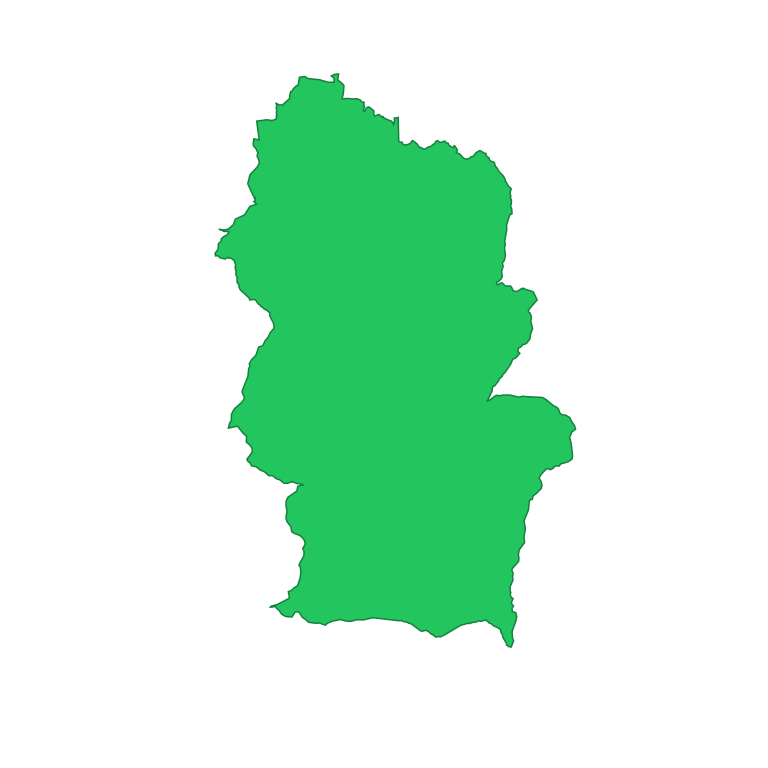 the district of Margau, Cluj, Romania, rotated 300°
{"feature_id": "2599482B38799369919058", "entity_name": "Margau", "entity_type": "district", "adm_level": 2, "iso_a3": "ROU", "parent_name": "Romania", "parent_adm1": "Cluj", "projection": "mercator", "projection_center": [22.901, 46.714], "detail": "fine", "context": "isolated", "style": "filled", "palette": "green", "viewbox_px": 768, "rotation_deg": 300, "n_neighbors": 0, "source": "geoboundaries", "source_scale": "gbopen_adm2", "svg_char_len": 6171}
<svg xmlns="http://www.w3.org/2000/svg" viewBox="0 0 768 768"><g transform="rotate(300 384 384)"><path d="M533.4,474.6L538.5,467.1L536.5,458.2L536.8,457.3L535.8,455.7L530.9,453.1L529.8,451.3L529.4,449.1L531.7,446.0L532.1,444.6L529.6,440.0L530.7,435.6L528.8,433.8L526.7,433.1L526.7,432.1L528.2,430.5L530.1,432.0L534.0,433.0L536.7,432.4L540.3,429.5L545.5,428.4L547.9,426.0L551.2,426.4L556.4,424.7L562.5,420.0L564.7,419.7L568.1,417.1L579.1,413.1L582.9,410.7L592.2,408.6L593.8,408.6L595.4,409.8L599.5,407.1L601.5,404.6L604.1,404.0L607.0,402.4L609.0,399.8L610.0,400.0L612.4,397.6L616.6,396.6L617.7,392.5L620.1,388.7L620.3,387.6L621.7,386.7L623.7,383.5L625.6,377.0L627.6,373.9L628.3,371.5L630.9,368.9L631.0,366.8L630.4,365.7L630.4,364.9L630.9,363.4L632.3,361.9L632.5,359.5L633.3,357.9L634.6,357.1L634.0,354.8L634.3,351.4L633.7,349.9L629.9,347.9L626.0,347.5L624.1,345.6L622.5,345.5L619.4,342.3L619.5,339.6L621.1,334.4L620.6,330.9L623.2,330.7L625.5,326.6L625.4,325.5L623.7,325.9L623.1,325.2L623.3,320.5L624.6,319.3L623.9,317.0L624.9,315.3L621.6,312.3L621.1,311.3L621.7,309.0L620.1,307.5L617.3,307.8L616.3,306.7L613.3,305.9L611.0,303.5L608.3,302.3L607.3,300.8L607.2,297.4L606.6,296.4L608.5,292.5L609.2,288.0L609.0,286.8L605.4,286.5L602.1,283.7L601.2,282.0L601.2,280.3L602.5,278.5L601.6,277.6L601.3,275.6L621.9,263.0L621.0,262.5L620.8,261.4L619.7,261.0L619.5,260.0L615.6,262.4L613.6,262.5L615.1,261.1L615.0,259.2L615.4,259.0L614.6,254.5L614.4,249.5L615.0,249.4L614.3,248.4L614.9,244.7L611.9,242.5L611.6,241.6L612.5,240.1L615.5,238.7L616.4,233.1L616.1,231.9L614.5,230.8L612.8,230.5L611.1,231.1L610.2,230.2L611.6,228.8L614.4,228.4L616.7,226.1L618.0,226.1L617.2,223.5L618.1,221.3L617.5,217.8L614.9,213.9L613.9,211.2L610.1,205.0L615.2,203.6L622.3,200.2L623.5,197.2L624.2,191.9L629.8,189.6L627.4,186.4L624.5,184.3L623.7,187.9L620.4,189.9L617.3,184.5L615.4,176.4L610.4,165.1L610.8,161.9L607.4,157.4L599.5,160.3L598.4,159.0L594.5,157.9L590.7,157.9L590.6,157.0L586.5,158.1L584.4,159.4L582.4,159.0L576.1,156.9L575.3,157.2L573.2,153.5L573.4,152.2L572.9,151.2L573.5,149.6L571.2,152.2L569.3,152.5L567.2,154.5L565.4,154.8L564.2,156.3L562.3,156.6L561.3,157.8L559.1,157.9L556.2,155.3L554.2,150.3L548.0,142.3L533.1,153.8L531.2,148.7L526.3,150.8L525.0,151.9L523.7,155.6L520.8,159.8L519.6,159.4L517.6,160.4L515.3,163.8L513.1,165.5L509.1,165.8L498.1,163.3L489.3,165.9L481.9,176.2L480.8,179.5L480.0,178.8L479.5,180.2L478.1,180.9L477.0,180.0L475.9,183.7L470.8,179.1L460.6,178.6L452.4,172.8L446.5,173.9L440.2,171.6L437.4,168.5L435.5,163.5L435.5,164.9L436.4,167.3L435.9,168.5L438.1,172.8L438.3,173.5L438.0,173.7L434.9,173.6L431.5,171.5L428.1,170.5L426.6,171.6L422.5,170.5L418.0,172.9L412.5,172.4L410.7,174.1L412.0,175.7L411.3,178.9L412.8,184.0L415.6,185.4L415.5,186.9L416.5,188.7L416.0,192.5L413.2,195.9L410.2,196.9L409.6,198.1L408.0,198.7L407.7,199.8L405.1,200.6L402.7,203.6L398.7,205.8L396.8,209.6L395.7,209.7L393.7,212.4L391.0,224.3L389.6,225.7L392.0,228.7L392.6,231.0L391.1,233.4L390.4,235.6L390.6,237.1L389.5,238.4L389.8,240.1L389.0,242.8L389.2,245.8L388.4,249.7L385.8,251.1L381.4,257.8L379.0,260.1L376.8,260.8L372.0,259.8L366.6,260.2L362.4,259.4L357.3,259.8L356.0,259.4L353.5,257.0L344.6,258.7L339.1,257.2L334.3,257.2L332.2,258.9L329.6,259.1L322.7,262.3L307.2,264.6L305.6,265.6L302.8,269.6L301.0,270.3L296.9,269.9L287.9,266.9L285.0,266.8L281.1,267.2L276.2,270.0L272.5,269.9L268.0,271.3L274.2,278.2L270.8,287.0L270.1,291.1L264.9,293.8L263.9,299.1L262.0,302.3L258.7,303.9L250.4,302.9L249.1,304.4L248.5,307.7L246.9,310.2L248.4,314.6L247.6,319.9L248.2,324.3L247.0,330.4L248.3,332.0L248.8,334.1L248.1,338.1L248.9,341.6L248.0,347.0L249.7,350.0L253.3,353.1L254.5,359.1L255.6,361.0L256.4,365.2L255.3,363.1L252.2,360.5L247.7,362.0L237.9,357.4L233.8,357.7L229.2,360.3L225.3,363.6L219.1,366.0L216.4,368.6L213.9,374.6L210.0,378.0L209.7,380.5L210.7,386.7L210.4,389.0L209.3,392.4L206.9,395.1L205.8,395.9L201.0,395.8L198.9,398.6L195.2,400.5L185.3,400.7L184.2,401.4L183.6,403.1L179.4,406.1L174.2,408.3L166.2,410.0L161.8,407.7L159.7,407.4L156.3,405.0L152.0,408.7L150.4,408.7L139.5,401.7L135.1,397.3L133.9,397.2L137.0,401.3L135.8,403.8L135.5,406.3L133.5,410.3L133.4,414.1L133.9,416.1L136.3,420.9L142.1,421.0L143.6,423.2L143.8,424.6L141.0,430.3L140.9,433.3L140.0,438.0L142.7,444.7L144.7,447.4L145.7,453.4L146.2,454.1L148.2,454.4L152.8,457.9L158.3,464.2L159.6,469.4L161.8,473.9L166.3,478.3L169.4,484.2L176.0,491.1L186.2,514.8L187.6,516.8L188.2,520.4L189.2,522.7L189.2,525.0L189.9,527.4L188.5,539.2L189.1,540.8L191.6,543.4L191.9,546.2L191.1,549.5L191.2,552.1L190.7,555.5L192.3,557.1L193.3,559.3L197.3,562.1L213.2,570.9L218.6,576.2L219.4,578.1L221.2,579.3L224.0,582.9L226.0,584.0L227.0,586.8L229.4,588.9L230.5,591.1L229.6,594.6L230.0,596.7L229.4,599.7L229.9,606.9L226.8,610.2L226.3,611.7L224.2,613.4L220.6,619.7L219.2,620.7L219.0,623.5L219.8,625.7L226.5,624.6L227.8,622.6L233.7,618.7L244.8,616.7L248.9,615.2L252.0,612.4L251.0,609.5L251.3,608.8L253.8,607.0L256.5,607.2L257.3,604.7L259.0,603.5L262.5,603.2L263.3,600.1L264.8,598.6L266.9,598.0L268.3,596.4L271.6,594.6L278.9,593.7L280.9,592.0L284.7,590.4L286.6,587.7L289.0,587.5L297.7,589.3L301.3,587.6L302.7,586.0L307.9,584.0L316.9,585.1L321.7,581.6L329.4,578.8L335.4,573.7L347.0,572.1L355.0,568.5L356.3,568.3L358.3,570.1L361.8,569.1L365.9,570.9L372.1,572.4L375.1,571.6L378.2,568.7L379.4,566.2L381.0,565.2L385.0,565.4L391.3,567.0L392.6,568.1L392.8,570.4L393.4,571.3L395.4,572.6L398.3,573.1L399.7,574.8L400.5,576.8L403.1,577.0L408.9,582.5L412.7,584.3L415.9,583.4L425.9,576.0L430.6,571.5L436.4,570.6L440.6,572.5L443.3,569.7L445.3,565.3L447.7,561.9L447.9,557.1L446.4,553.6L446.4,552.3L447.1,550.5L449.4,547.9L450.2,545.4L450.0,541.5L451.6,531.5L451.6,528.0L443.8,512.8L443.1,510.7L439.9,507.2L437.5,498.7L433.8,492.4L432.0,490.6L430.6,487.4L429.3,486.3L423.4,483.9L421.2,482.0L432.1,481.1L436.0,479.4L437.9,480.8L444.4,481.7L445.9,481.2L449.6,482.5L452.0,482.2L454.0,483.0L464.5,483.8L469.8,483.1L472.1,485.0L478.5,486.3L479.0,483.9L481.9,482.4L484.8,484.0L487.9,484.5L488.3,485.7L490.7,487.2L496.1,487.8L500.6,485.9L506.2,485.0L511.8,479.8L515.8,478.1L518.3,475.4L518.7,472.9L519.2,472.7L521.0,472.2L533.4,474.6Z" fill="#22c55e" stroke="#15803d" stroke-width="1.5"/></g></svg>